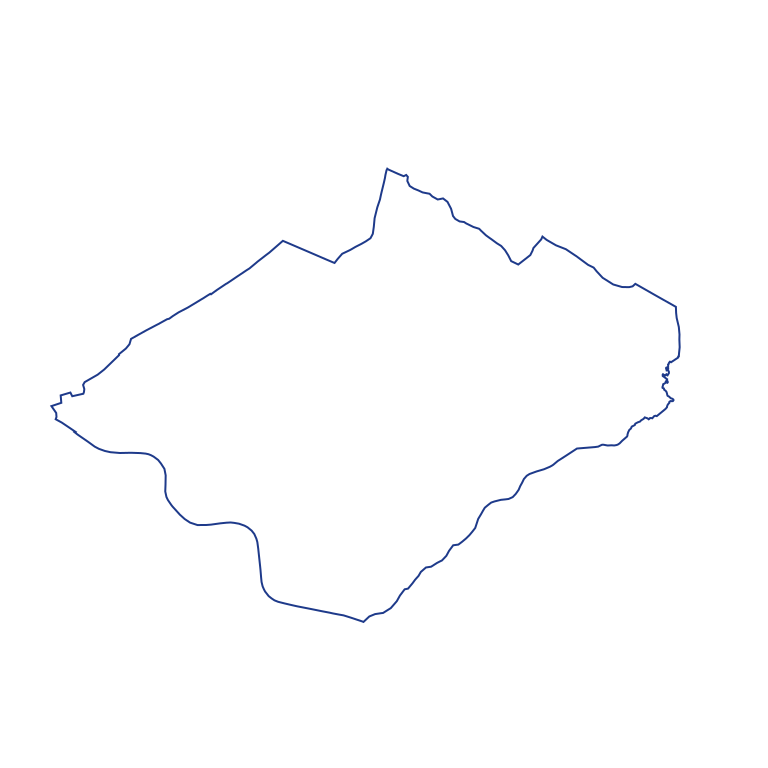 Oteapan, Veracruz, Mexico (Albers equal-area conic projection), rotated 229°
{"feature_id": "50627088B13566267376953", "entity_name": "Oteapan", "entity_type": "district", "adm_level": 2, "iso_a3": "MEX", "parent_name": "Mexico", "parent_adm1": "Veracruz", "projection": "albers", "projection_center": [-94.678, 17.988], "detail": "fine", "context": "isolated", "style": "outline", "palette": "blue", "viewbox_px": 768, "rotation_deg": 229, "n_neighbors": 0, "source": "geoboundaries", "source_scale": "gbopen_adm2", "svg_char_len": 4966}
<svg xmlns="http://www.w3.org/2000/svg" viewBox="0 0 768 768"><g transform="rotate(229 384 384)"><path d="M572.8,113.1L566.3,115.5L557.0,118.0L550.2,119.8L550.3,119.1L550.4,118.9L546.8,119.6L534.7,122.7L526.5,124.6L522.1,126.3L516.6,129.4L512.0,132.8L505.2,139.4L498.2,147.8L491.7,154.8L487.9,158.4L485.5,160.2L483.2,161.4L480.3,162.5L474.8,163.7L470.3,163.5L464.0,162.6L458.3,159.3L451.3,153.0L446.4,148.4L441.5,145.7L438.2,144.8L432.2,144.1L430.2,144.0L420.6,144.2L419.5,144.2L414.5,144.8L412.8,145.0L406.6,146.7L399.9,150.7L394.1,157.5L391.2,161.4L390.9,161.9L386.2,169.1L382.6,174.2L380.1,177.4L377.5,179.8L373.7,182.9L368.6,185.8L365.4,187.0L360.2,187.9L355.9,187.7L351.0,186.2L347.8,184.7L342.0,180.9L341.6,180.6L332.7,174.4L328.1,171.2L324.7,168.8L318.7,164.4L314.9,161.7L312.4,160.4L310.8,159.6L307.9,158.7L307.1,158.5L305.4,158.1L299.6,157.8L295.9,158.5L292.6,159.4L289.1,161.2L283.5,165.1L277.4,169.5L273.2,172.6L263.6,180.1L259.2,183.5L252.7,188.5L247.0,193.0L244.4,194.9L239.6,198.7L235.9,201.7L229.4,205.7L219.1,211.8L217.9,212.4L218.2,220.4L216.2,226.3L212.7,231.8L211.8,233.1L211.2,237.1L210.4,242.1L211.1,247.0L211.7,251.2L213.9,257.3L215.5,264.9L213.8,267.9L214.9,274.8L215.9,279.2L216.5,284.1L218.0,288.5L218.0,295.3L215.2,299.7L214.2,306.5L213.3,310.2L212.8,311.9L213.4,318.3L215.4,323.6L216.9,330.4L214.0,334.8L213.7,339.4L213.6,344.6L213.9,349.4L214.6,353.8L215.5,358.4L218.6,363.6L220.4,366.6L222.0,371.6L223.4,375.5L224.5,378.9L224.4,383.4L224.2,387.1L222.9,390.3L219.9,396.2L217.3,399.9L215.5,402.6L214.2,406.9L214.6,411.3L215.8,416.2L217.6,419.9L218.9,423.5L220.5,427.2L221.1,431.5L220.6,434.8L217.9,441.8L214.7,448.8L212.7,454.9L212.2,457.3L212.0,458.8L211.9,464.6L210.5,474.2L208.7,487.3L198.1,501.7L196.2,504.6L195.6,507.0L195.1,508.7L194.3,509.7L190.9,512.4L188.4,515.6L186.6,517.4L185.5,519.2L184.9,520.6L184.6,522.9L184.9,526.5L184.9,530.8L184.9,532.9L185.3,533.8L186.1,534.6L187.4,536.6L188.4,539.0L188.4,541.1L189.3,543.0L188.8,545.0L188.5,546.4L189.2,547.6L188.6,550.3L187.7,552.6L187.9,554.2L187.4,557.0L187.7,558.9L186.3,559.7L185.1,560.4L183.7,560.6L183.6,561.5L183.8,562.3L183.2,563.2L182.1,564.0L182.2,564.7L182.4,566.0L182.5,566.9L181.9,568.1L180.8,568.8L180.5,579.8L180.6,580.9L180.8,582.3L181.4,582.9L182.3,584.7L182.6,587.0L183.2,587.4L183.3,588.2L183.0,589.3L182.2,589.9L181.6,590.8L181.8,591.8L182.4,592.2L183.6,592.0L184.9,591.2L185.9,591.0L187.4,590.9L189.0,590.3L189.9,590.6L191.1,591.3L192.7,592.0L194.2,592.1L195.8,591.7L196.6,592.1L197.1,592.3L198.3,591.7L199.0,592.1L199.4,592.9L200.1,593.8L200.7,594.7L200.4,595.6L200.2,597.4L199.8,598.2L199.0,598.7L199.2,599.4L200.0,599.8L200.5,599.6L201.1,599.0L201.4,600.2L201.8,600.8L202.7,600.6L205.7,600.0L207.1,599.6L208.1,600.3L208.3,601.0L208.0,601.1L207.4,601.0L206.9,601.5L206.0,601.9L206.1,603.5L205.5,603.6L204.9,603.4L204.5,603.6L204.8,604.4L205.2,606.0L206.1,606.9L207.1,607.3L208.2,607.2L208.8,606.2L210.2,606.9L211.0,607.3L211.1,607.8L210.0,608.0L209.2,608.6L209.6,609.0L210.6,609.2L211.0,610.2L212.3,611.1L212.3,611.9L212.7,612.3L213.0,613.1L213.3,614.4L213.2,614.5L212.1,614.9L211.0,623.2L211.7,624.0L211.4,624.6L213.5,626.7L217.8,631.3L223.8,636.1L227.5,639.5L233.6,643.9L241.8,648.2L246.0,651.1L250.7,654.9L274.1,646.6L294.7,639.4L294.6,635.7L296.3,632.5L301.0,627.3L308.7,622.3L320.7,618.7L329.5,618.4L334.3,618.6L340.0,616.2L354.8,612.9L355.0,612.8L366.4,609.7L375.8,604.8L386.0,601.3L391.3,600.3L390.0,597.5L388.6,586.0L387.2,583.6L385.3,579.0L385.7,571.1L386.1,563.7L388.7,562.6L393.3,560.6L399.7,562.2L400.4,562.3L405.5,563.1L411.3,563.0L416.2,561.5L423.0,560.0L424.5,559.6L429.3,558.5L436.1,557.8L438.1,557.7L438.8,557.6L443.8,554.5L449.6,552.1L451.2,551.4L453.7,550.7L457.1,547.7L461.8,546.1L465.5,546.3L470.8,548.9L472.3,549.6L479.8,551.4L485.3,550.3L488.0,545.6L493.8,543.5L497.7,543.2L500.2,541.2L503.3,538.8L507.4,537.0L511.9,534.7L516.6,533.3L521.9,534.8L522.5,535.4L524.7,537.9L527.2,537.9L527.9,535.2L529.5,534.4L533.3,532.5L540.2,529.3L542.8,528.1L543.8,527.8L544.3,527.7L544.1,527.3L543.7,526.2L540.8,522.2L538.8,519.8L535.8,515.7L531.0,508.9L529.5,506.8L528.1,504.9L525.9,502.0L521.8,495.0L521.4,494.4L515.3,485.7L509.2,479.3L504.7,474.1L503.9,472.1L502.9,469.4L503.6,463.8L504.6,458.8L506.2,452.4L507.0,448.1L507.4,446.2L508.0,444.0L509.7,437.9L508.8,431.2L507.8,426.1L508.9,425.5L516.5,421.8L532.1,414.3L558.4,401.6L558.4,400.0L558.4,392.5L558.4,383.6L558.7,379.6L559.3,368.8L559.3,367.1L559.5,358.2L560.0,355.1L561.4,344.0L562.9,331.7L563.2,330.5L564.6,319.4L565.2,312.3L566.0,312.1L566.6,308.6L567.3,303.8L567.7,301.7L570.4,286.1L572.8,276.1L573.8,269.4L574.2,264.7L575.2,262.8L577.0,254.4L577.0,254.1L577.6,251.8L580.4,240.0L582.3,231.0L584.0,222.7L581.0,218.0L580.1,212.5L580.4,203.5L579.6,203.0L578.5,182.3L578.9,174.0L581.8,159.3L580.7,156.3L576.8,154.5L574.8,152.3L573.9,150.7L579.3,140.7L583.3,141.7L587.5,132.5L581.5,128.1L585.5,118.5L577.2,117.6L574.0,115.2L572.8,113.1Z" fill="none" stroke="#1e3a8a" stroke-width="2"/></g></svg>